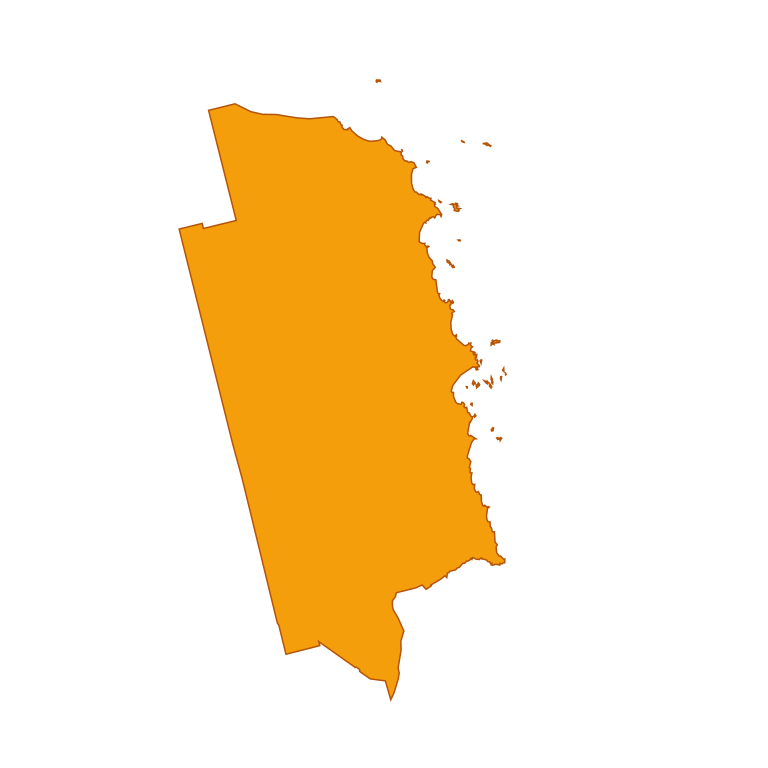 the district of Esperance, Western Australia, Australia, rotated 256°
{"feature_id": "25037944B71614254655380", "entity_name": "Esperance", "entity_type": "district", "adm_level": 2, "iso_a3": "AUS", "parent_name": "Australia", "parent_adm1": "Western Australia", "projection": "robinson", "projection_center": [121.733, -33.519], "detail": "fine", "context": "isolated", "style": "filled", "palette": "amber", "viewbox_px": 768, "rotation_deg": 256, "n_neighbors": 0, "source": "geoboundaries", "source_scale": "gbopen_adm2", "svg_char_len": 6193}
<svg xmlns="http://www.w3.org/2000/svg" viewBox="0 0 768 768"><g transform="rotate(256 384 384)"><path d="M145.7,258.4L149.8,258.4L115.8,287.6L115.9,288.7L112.9,291.3L110.9,290.9L101.2,299.3L95.6,313.5L76.0,314.2L82.2,319.2L94.6,326.6L99.8,328.8L105.1,329.0L121.9,336.3L130.4,338.1L139.5,343.5L153.3,341.1L162.5,338.4L165.8,338.4L171.4,339.6L175.2,343.9L178.5,345.4L178.5,365.8L179.8,372.3L174.6,375.2L176.7,381.1L177.6,380.8L181.1,392.3L183.2,396.7L181.0,398.1L185.1,399.7L185.4,401.5L186.4,402.3L186.4,408.6L187.9,410.9L187.8,412.7L190.9,417.0L190.6,419.1L192.1,421.2L191.8,422.4L192.8,425.8L193.8,425.9L193.7,427.1L193.0,427.2L194.2,428.0L191.7,431.1L190.6,434.1L191.7,435.6L191.6,436.6L190.4,436.7L189.9,438.5L188.1,441.2L186.5,441.8L185.8,443.6L183.8,443.9L183.8,445.3L182.4,444.4L181.8,445.7L182.1,448.7L180.3,452.6L181.9,453.0L180.9,455.1L181.7,456.3L181.3,457.9L185.0,458.9L184.7,457.8L188.9,455.5L189.1,454.1L193.2,452.5L198.8,453.4L200.6,455.0L203.8,453.5L213.9,455.4L214.0,453.9L214.8,453.3L218.2,453.5L220.0,452.6L224.5,453.5L225.1,451.6L227.6,451.1L231.1,451.5L238.4,454.4L239.1,456.3L239.9,455.2L239.6,454.2L241.9,452.5L241.2,451.7L242.3,450.4L246.3,450.1L252.7,451.5L253.8,450.0L256.8,449.6L256.5,447.7L257.2,446.9L260.9,446.3L264.7,447.8L264.9,445.9L266.8,445.2L272.1,445.8L276.5,447.8L276.6,446.6L277.5,446.0L281.2,447.5L282.3,446.5L287.8,449.5L291.1,448.3L291.8,447.0L294.0,447.4L306.1,454.8L308.9,458.0L308.6,459.9L313.1,455.7L312.7,454.9L313.4,453.7L316.1,453.3L326.3,457.9L326.5,458.4L325.3,457.8L329.3,461.5L330.9,461.8L332.0,460.3L335.3,459.8L336.1,458.3L341.4,458.6L341.2,457.0L342.8,456.1L344.7,457.2L346.7,456.5L347.8,454.5L346.9,455.4L345.7,453.8L347.2,450.4L348.9,449.3L355.0,448.4L359.0,449.4L359.3,447.9L360.8,447.5L366.1,450.5L374.2,460.7L379.2,474.5L377.8,476.7L375.3,477.0L375.3,478.5L376.2,477.8L376.7,478.5L378.2,478.1L377.7,480.5L378.4,481.1L381.8,479.2L383.0,480.6L384.8,480.5L385.0,479.0L386.1,478.5L387.2,478.9L387.0,480.1L388.5,479.9L388.3,480.4L390.2,481.1L389.6,479.5L391.3,479.6L390.9,478.1L392.6,478.2L392.9,479.6L395.2,475.9L397.7,477.0L398.6,478.9L400.7,477.3L402.7,478.2L402.5,476.8L403.2,476.2L402.0,475.3L401.4,472.4L402.3,470.8L410.0,465.4L412.3,465.0L412.8,466.0L414.2,466.1L413.4,464.1L415.7,462.7L420.9,462.4L427.6,463.7L434.5,467.2L436.0,466.7L436.8,467.5L437.3,469.8L439.6,468.8L439.9,467.3L441.2,466.5L444.4,466.8L444.9,468.2L447.0,468.8L446.1,469.7L447.0,470.0L445.9,470.6L446.5,471.2L448.1,470.6L447.2,470.1L448.2,468.9L447.8,468.3L450.1,467.7L450.3,466.9L448.6,466.1L447.8,464.6L448.0,463.2L449.5,462.0L450.1,463.1L450.9,462.6L450.0,462.0L450.4,460.7L453.5,459.0L456.9,458.8L458.1,459.8L458.7,458.3L461.1,458.2L472.7,459.5L473.7,456.9L476.6,456.3L482.4,458.4L484.8,462.0L489.1,460.3L491.6,460.7L496.2,458.3L500.6,457.8L505.8,458.5L506.6,460.7L507.3,459.9L507.1,458.0L509.3,457.2L510.6,457.7L511.0,455.1L513.6,452.5L522.6,455.2L530.1,461.0L531.0,462.3L530.2,463.4L531.0,463.3L532.7,466.0L532.2,466.8L534.2,468.4L533.5,469.3L534.4,470.5L534.3,472.4L532.3,473.8L533.3,473.5L535.8,476.2L534.8,479.5L532.8,479.9L534.4,481.0L541.8,478.4L544.0,476.1L545.8,476.5L545.9,477.2L546.8,476.5L547.6,477.6L551.1,473.7L552.8,474.5L553.4,472.7L555.3,471.1L554.8,469.8L556.0,469.6L559.1,466.4L558.5,466.0L559.4,465.3L559.3,463.6L562.4,461.9L562.9,460.4L565.5,459.5L571.6,459.2L580.7,461.3L585.8,464.2L586.4,467.8L591.5,466.5L593.0,464.3L593.2,461.3L594.9,460.1L595.5,458.1L598.0,456.9L600.7,457.2L602.3,456.0L604.2,456.7L605.3,456.2L607.9,450.8L613.5,448.1L615.6,445.4L620.8,444.1L624.0,441.6L622.7,441.2L621.8,439.5L621.6,436.3L623.0,428.8L625.6,424.3L631.0,418.4L637.4,414.0L641.1,412.8L640.2,410.4L639.5,410.2L640.7,406.7L643.4,405.3L645.2,406.0L645.9,405.0L649.0,404.5L649.8,402.8L652.0,402.5L655.8,399.5L659.3,376.0L663.3,363.8L671.6,344.5L675.0,331.5L680.5,320.6L691.9,307.2L692.0,280.0L578.4,280.2L578.6,246.4L583.8,246.4L583.9,222.7L361.9,222.7L325.7,223.5L177.6,222.7L175.7,223.6L145.5,223.5L145.7,258.4ZM540.6,498.8L541.3,499.0L542.1,497.2L541.0,496.5L542.3,494.0L542.1,492.4L541.2,494.2L540.1,494.6L538.9,494.2L537.0,495.1L535.4,494.1L533.5,497.7L534.0,498.8L535.4,498.3L535.8,500.2L537.2,497.0L538.9,497.4L538.8,498.9L540.7,497.2L540.6,498.8ZM397.0,500.5L396.4,506.2L397.8,506.9L398.5,503.9L399.1,504.2L399.5,503.5L399.0,500.8L400.3,500.1L399.8,499.3L398.3,499.5L398.1,498.0L395.8,497.4L396.9,499.3L395.8,500.4L397.0,500.5ZM590.8,542.9L588.8,544.7L589.2,545.3L593.0,542.1L593.4,538.0L592.2,540.4L590.5,541.5L590.8,542.9ZM486.8,474.9L485.0,477.0L483.8,476.8L484.0,477.4L482.5,478.7L487.7,476.8L488.3,475.4L489.8,475.0L486.8,474.9ZM301.0,483.0L302.9,485.0L303.9,484.2L303.3,482.4L304.5,481.4L304.4,480.3L302.7,480.9L302.8,483.2L301.0,483.0ZM362.9,482.1L360.6,483.1L358.9,484.6L360.0,485.7L361.8,484.8L361.1,484.5L362.9,482.1ZM362.0,472.6L362.7,472.8L365.6,471.5L363.0,469.8L361.5,470.5L362.4,471.2L362.0,472.6ZM680.8,450.3L679.6,449.6L678.5,450.1L679.4,451.9L678.4,453.8L679.9,453.6L680.8,450.3ZM312.2,478.4L314.8,479.7L315.3,479.2L313.7,477.0L312.4,477.0L312.2,478.4ZM354.5,486.8L355.1,487.0L354.7,488.4L355.7,487.0L356.5,487.5L358.5,486.8L356.6,485.8L354.5,486.8ZM380.6,483.2L383.6,484.6L384.0,484.0L383.3,482.9L380.6,483.2ZM370.4,504.0L368.7,502.4L367.1,503.4L370.4,504.0ZM360.9,489.6L359.1,488.8L357.9,489.5L359.9,490.2L360.9,489.6ZM480.3,480.4L482.4,480.0L481.6,478.3L480.3,479.0L480.3,480.4ZM330.0,463.8L330.8,465.5L332.5,464.9L331.0,463.4L330.0,463.8ZM359.5,476.1L360.5,476.7L362.2,475.8L360.8,474.6L359.5,476.1ZM341.9,464.3L344.0,464.9L344.2,463.9L343.2,463.2L341.9,464.3ZM546.2,482.9L546.6,483.6L548.7,481.6L547.6,481.6L546.2,482.9ZM362.7,499.9L362.9,499.1L361.2,498.3L359.6,498.6L362.7,499.9ZM589.0,479.8L588.8,482.3L590.0,479.6L588.5,478.9L588.1,479.6L589.0,479.8ZM361.2,489.5L362.1,490.3L364.9,489.8L362.6,489.0L361.2,489.5ZM359.4,463.7L361.2,464.2L361.5,463.3L359.4,463.7ZM504.6,492.7L505.5,492.5L505.7,490.7L504.7,491.4L504.6,492.7ZM598.6,520.8L599.6,520.1L601.7,517.8L600.2,518.4L598.6,520.8ZM359.0,473.6L358.0,473.2L358.7,474.6L360.6,473.4L359.3,472.9L359.0,473.6ZM363.7,504.8L365.9,504.6L363.5,504.2L363.7,504.8ZM604.5,458.0L606.3,458.3L607.6,457.7L604.5,458.0Z" fill="#f59e0b" stroke="#b45309" stroke-width="1.5"/></g></svg>